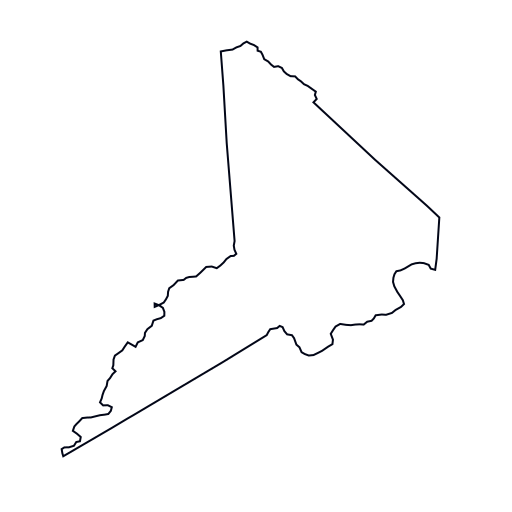 the district of Nina Rodrigues, Maranhão, Brazil, rotated 94°
{"feature_id": "56859067B57763706087403", "entity_name": "Nina Rodrigues", "entity_type": "district", "adm_level": 2, "iso_a3": "BRA", "parent_name": "Brazil", "parent_adm1": "Maranhão", "projection": "mercator", "projection_center": [-43.774, -3.457], "detail": "fine", "context": "isolated", "style": "outline", "palette": "ink", "viewbox_px": 512, "rotation_deg": 94, "n_neighbors": 0, "source": "geoboundaries", "source_scale": "gbopen_adm2", "svg_char_len": 2367}
<svg xmlns="http://www.w3.org/2000/svg" viewBox="0 0 512 512"><g transform="rotate(94 256 256)"><path d="M204.8,75.8L193.9,89.1L151.6,144.1L98.7,209.4L95.1,206.4L91.3,208.5L87.9,207.8L85.6,211.6L82.7,216.3L81.3,220.1L78.6,223.4L76.8,226.5L74.1,229.5L74.2,234.1L72.3,238.1L69.9,241.1L66.6,243.3L65.1,247.1L66.1,251.2L64.0,254.3L61.1,257.4L59.1,261.5L54.7,263.6L51.9,265.4L51.1,268.7L47.8,269.0L45.7,272.8L44.5,276.8L42.8,280.2L44.8,283.4L47.6,286.2L49.2,290.0L51.7,293.8L52.9,299.8L54.4,305.4L88.5,300.4L145.4,293.1L242.6,278.4L247.2,278.9L251.3,277.9L255.2,275.8L257.4,278.1L257.8,281.3L261.1,285.3L264.7,287.8L268.0,290.9L270.9,294.3L269.6,299.4L270.4,304.9L276.6,310.4L280.6,314.3L281.1,317.5L281.6,321.1L282.7,324.1L284.9,326.5L285.9,332.2L290.8,336.2L294.2,340.3L297.8,341.2L301.9,341.2L305.5,342.8L308.9,344.8L311.8,349.5L314.2,345.3L318.1,343.5L322.0,343.3L324.6,346.6L326.0,350.5L327.6,353.8L332.9,355.1L336.5,359.2L340.4,361.4L343.6,361.4L347.8,363.1L350.4,367.9L355.0,369.8L353.1,373.7L351.1,377.9L355.5,380.6L359.5,382.8L363.3,387.4L365.2,389.8L369.2,390.9L375.0,390.7L378.0,391.5L380.8,388.1L383.9,390.9L388.0,393.1L391.0,395.4L396.1,395.9L401.3,398.3L405.3,399.4L408.9,400.0L412.9,401.4L415.7,398.1L415.2,393.4L416.9,389.3L420.6,390.0L423.9,392.3L424.8,395.8L425.7,400.5L427.4,405.8L428.6,409.5L428.9,413.0L429.8,418.0L433.4,420.9L436.2,423.4L438.7,425.3L443.2,426.5L445.7,422.3L448.8,418.2L453.1,418.7L454.1,422.3L458.0,424.4L459.9,429.3L460.3,433.8L462.2,436.4L466.3,435.4L469.2,434.3L437.4,387.6L427.0,372.7L423.3,367.2L394.7,325.9L364.5,282.2L334.2,239.8L331.0,238.4L328.0,236.7L326.4,229.9L324.1,227.5L325.1,224.5L328.9,222.5L332.0,219.5L332.5,214.6L335.3,212.3L341.6,209.5L344.0,206.3L348.8,203.8L350.4,200.5L351.6,196.4L350.8,191.7L348.4,187.5L346.0,183.5L341.4,177.7L338.6,173.6L334.1,173.4L328.4,176.0L324.3,173.8L320.8,171.7L317.9,167.3L318.4,161.3L318.4,156.5L317.5,152.4L316.9,147.8L316.9,143.8L313.8,140.5L312.6,136.2L310.1,134.1L306.8,132.5L305.6,126.5L305.6,122.2L303.3,116.4L300.1,113.0L296.7,107.8L293.6,105.0L289.9,106.4L285.8,109.5L282.0,112.5L276.6,115.9L272.3,117.5L268.1,117.4L264.5,116.6L261.4,114.9L260.3,110.9L258.1,106.8L253.5,100.2L252.1,96.3L251.3,92.1L251.4,88.1L252.8,83.1L256.4,80.8L257.3,76.3L246.2,75.6L204.8,75.8ZM311.8,349.5L310.5,353.8L313.8,353.5L311.8,349.5Z" fill="none" stroke="#020617" stroke-width="2"/></g></svg>